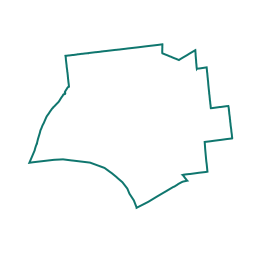 the district of Cetate, Dolj, Romania, rotated 352°
{"feature_id": "2599482B60212600347898", "entity_name": "Cetate", "entity_type": "district", "adm_level": 2, "iso_a3": "ROU", "parent_name": "Romania", "parent_adm1": "Dolj", "projection": "albers", "projection_center": [23.068, 44.111], "detail": "fine", "context": "isolated", "style": "outline", "palette": "teal", "viewbox_px": 256, "rotation_deg": 352, "n_neighbors": 0, "source": "geoboundaries", "source_scale": "gbopen_adm2", "svg_char_len": 5338}
<svg xmlns="http://www.w3.org/2000/svg" viewBox="0 0 256 256"><g transform="rotate(352 128 128)"><path d="M229.8,152.4L229.8,152.0L229.8,151.5L229.8,151.2L229.8,150.7L229.9,149.0L229.9,147.5L229.9,147.3L229.9,146.4L229.9,146.2L229.9,145.9L229.9,145.6L229.9,145.3L230.0,144.5L230.0,143.9L230.0,143.6L230.0,143.3L230.0,142.2L230.0,141.6L230.0,141.0L230.0,140.2L230.0,139.7L230.0,139.4L230.0,139.2L230.1,138.5L230.1,138.2L230.1,137.9L230.1,137.1L230.1,136.8L230.1,136.5L230.1,135.9L230.1,135.6L230.2,135.0L230.2,134.7L230.2,134.4L230.2,134.2L230.2,133.9L230.2,133.5L230.2,133.2L230.2,132.6L230.3,131.7L230.3,130.8L230.3,130.6L230.3,130.0L230.3,129.7L230.3,129.2L230.3,128.9L230.3,128.6L230.3,128.4L230.3,128.0L230.3,127.7L230.3,127.4L230.3,127.1L230.4,126.8L230.4,126.5L230.4,126.2L230.4,125.9L230.4,125.6L230.4,124.7L230.5,124.4L230.4,124.1L230.5,123.8L230.5,123.2L230.5,122.9L230.5,122.3L230.5,121.6L230.5,121.0L230.4,120.2L230.0,120.2L229.9,120.2L229.7,120.2L229.0,120.1L228.6,120.1L228.4,120.1L227.9,120.1L227.6,120.1L226.9,120.1L226.7,120.1L225.0,120.1L224.8,120.1L223.8,120.1L223.6,120.1L223.1,120.1L222.3,120.1L222.2,120.1L221.9,120.0L221.7,120.0L221.3,120.0L221.0,120.0L220.8,120.0L220.6,120.0L220.4,120.0L219.9,120.0L217.7,120.0L215.8,120.0L214.8,120.0L213.7,120.0L212.8,119.9L212.8,119.4L212.8,118.5L212.9,117.6L212.9,116.7L212.9,115.7L212.9,114.8L213.0,113.8L213.0,112.9L213.0,112.0L213.0,111.1L213.1,110.1L213.1,109.2L213.2,107.4L213.2,106.5L213.2,105.6L213.2,105.2L213.2,104.7L213.3,104.5L213.4,100.6L213.5,97.9L213.6,95.6L213.8,92.7L213.8,91.1L213.9,90.0L213.9,88.4L214.0,87.4L214.0,87.0L214.0,86.6L214.1,85.2L214.1,84.7L214.1,84.3L214.1,83.8L214.1,83.3L214.1,82.8L214.2,82.3L214.2,81.8L214.2,81.4L214.2,81.0L214.3,79.7L214.3,78.9L207.5,79.0L205.2,78.9L204.5,78.9L204.4,79.0L204.4,78.8L204.4,77.0L204.5,76.1L204.5,75.8L204.5,75.1L204.6,74.7L204.6,74.3L204.6,73.2L204.7,71.8L204.8,71.1L204.8,70.3L204.9,69.6L204.9,69.3L204.9,69.1L204.9,68.9L204.9,68.5L204.9,68.2L205.0,67.7L205.0,67.3L205.0,66.8L205.2,64.2L205.3,63.6L205.3,63.0L205.3,62.4L205.5,60.5L205.5,60.3L204.7,60.6L203.6,61.1L203.3,61.2L203.1,61.3L199.2,62.9L196.8,64.0L194.6,64.9L192.6,65.7L190.7,66.5L189.3,67.1L188.9,67.3L187.9,67.8L186.9,67.2L186.0,66.7L185.4,66.3L184.6,65.9L183.0,65.0L181.5,64.1L180.3,63.3L179.6,63.0L178.9,62.6L177.8,61.9L176.8,61.3L175.5,60.6L174.3,59.9L173.1,59.2L172.5,58.9L172.4,58.7L172.4,58.2L172.5,57.2L172.6,56.7L172.7,56.4L172.7,56.2L172.7,55.8L172.8,55.5L172.9,55.0L173.0,54.2L173.1,53.6L173.2,53.2L173.3,52.5L173.3,52.2L173.7,50.1L173.7,49.9L169.5,49.9L164.9,49.8L161.5,49.7L156.8,49.6L149.3,49.5L141.9,49.3L138.7,49.2L137.0,49.2L131.8,49.1L130.2,49.1L129.2,49.0L127.6,49.0L126.7,48.9L116.6,48.7L115.1,48.6L113.5,48.6L113.2,48.6L112.9,48.5L112.6,48.6L112.4,48.6L112.2,48.6L111.5,48.6L110.4,48.6L109.6,48.6L108.5,48.5L107.2,48.5L106.8,48.5L106.5,48.4L106.2,48.4L105.8,48.4L100.2,48.3L99.8,48.3L99.4,48.3L99.2,48.4L98.9,48.5L98.5,48.3L98.2,48.3L97.7,48.3L97.4,48.3L95.8,48.2L95.6,48.2L95.3,48.2L94.7,48.2L94.2,48.2L93.3,48.2L92.7,48.1L92.2,48.1L91.4,48.1L91.0,48.1L90.4,48.1L90.2,48.1L89.8,48.1L89.5,48.1L88.3,48.0L88.2,48.0L87.8,48.1L86.6,48.1L85.9,48.1L84.4,48.1L84.1,48.1L83.2,48.0L82.3,48.0L81.8,48.0L81.6,48.0L80.6,48.0L80.2,48.0L79.3,47.9L77.2,47.9L76.9,47.9L76.6,47.8L76.3,47.8L76.1,47.8L76.1,48.0L76.2,48.5L76.1,50.8L76.0,51.9L76.0,52.6L75.9,57.2L75.9,57.7L75.8,58.6L75.8,60.2L75.8,61.9L75.8,62.6L75.7,63.8L75.8,65.2L75.7,65.8L75.7,66.4L75.7,67.7L75.6,68.0L75.6,68.3L75.6,69.0L75.6,69.6L75.5,70.4L75.5,70.7L75.5,71.8L75.4,74.3L75.4,74.9L75.4,75.4L75.4,75.7L75.4,76.1L75.4,76.4L75.3,78.6L75.3,78.8L75.2,79.0L74.7,79.1L74.4,79.2L74.2,79.2L74.1,79.3L73.6,79.8L73.4,80.0L73.2,80.3L73.0,80.5L72.8,80.8L72.6,81.0L72.1,81.6L71.7,82.0L71.3,82.5L70.9,83.1L70.6,83.4L70.5,83.6L70.5,83.8L70.4,83.9L70.4,84.0L70.6,84.2L70.6,84.3L70.7,84.5L70.7,84.9L70.6,85.0L70.5,85.4L70.4,85.5L69.9,85.7L69.7,85.7L69.4,85.7L69.2,85.6L68.9,85.7L68.7,85.8L68.4,86.1L68.3,86.3L68.2,86.4L67.8,87.0L67.5,87.3L67.4,87.4L66.5,88.3L65.2,89.8L64.0,91.3L62.7,92.7L61.2,93.8L59.3,95.3L57.8,96.5L57.0,97.0L56.8,97.1L56.4,97.7L55.7,98.1L55.3,98.5L54.1,99.8L53.3,100.6L52.6,101.4L51.5,102.7L50.3,103.9L49.1,105.2L48.3,106.4L45.2,111.5L44.6,112.3L43.6,113.7L42.5,115.7L41.8,116.9L41.2,117.8L41.0,118.1L40.0,120.6L37.3,126.4L35.8,130.2L35.8,130.5L35.6,131.0L35.3,131.1L35.2,131.4L34.5,132.6L33.6,134.4L32.8,136.2L32.5,137.1L25.5,148.7L28.6,148.7L29.2,148.7L50.3,149.2L59.3,150.0L65.5,151.7L67.7,152.3L68.1,152.4L68.6,152.5L85.6,157.0L99.2,164.3L104.9,169.8L105.3,170.1L109.9,175.1L110.2,175.5L110.5,175.9L114.9,180.9L118.9,187.9L120.3,193.3L123.7,200.5L125.4,207.7L125.4,208.2L137.9,203.9L140.7,202.7L145.1,200.8L147.2,199.9L164.1,192.9L164.9,192.6L165.7,192.5L167.2,191.8L168.8,191.1L170.1,190.4L173.6,189.1L174.7,188.8L175.4,188.7L178.3,188.5L179.2,188.4L179.3,188.4L178.8,187.7L178.7,187.4L178.2,186.5L177.6,185.6L177.2,184.8L175.8,182.3L175.6,182.1L176.2,182.0L178.2,182.0L179.3,182.0L181.8,182.1L183.2,182.2L185.0,182.2L188.7,182.2L192.1,182.2L199.0,182.4L200.6,182.3L200.9,174.6L200.9,171.9L201.0,169.7L201.5,159.5L201.7,156.8L202.0,152.5L202.9,152.5L207.2,152.6L211.6,152.6L218.4,152.7L221.4,152.7L221.8,152.7L222.6,152.7L222.9,152.7L224.5,152.7L228.1,152.8L228.5,152.8L229.7,152.8L229.8,152.6L229.8,152.4Z" fill="none" stroke="#0f766e" stroke-width="2"/></g></svg>